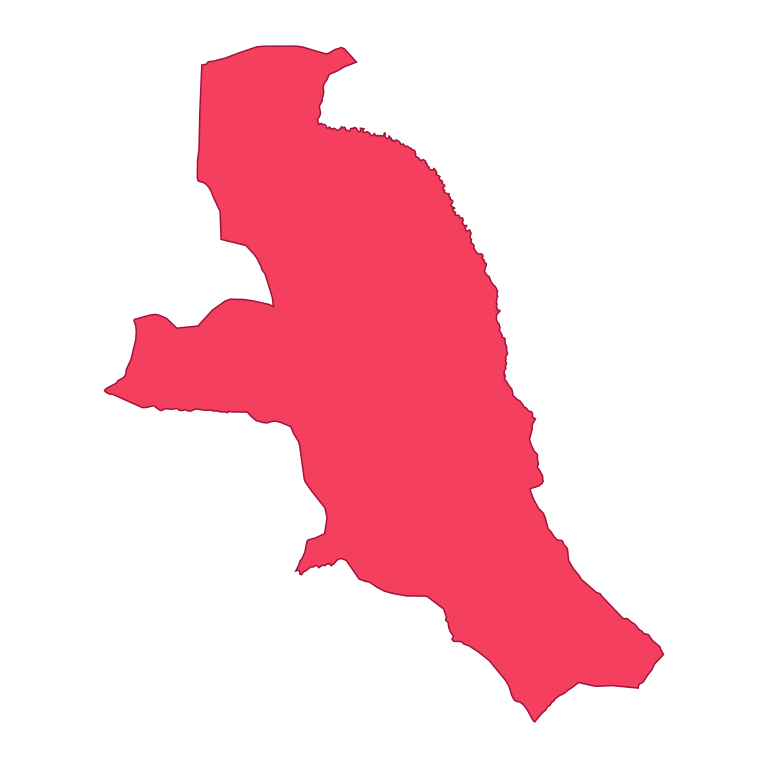 Djolu, Équateur, Democratic Republic of the Congo (Albers equal-area conic projection)
{"feature_id": "63176286B56364191841329", "entity_name": "Djolu", "entity_type": "district", "adm_level": 2, "iso_a3": "COD", "parent_name": "Democratic Republic of the Congo", "parent_adm1": "Équateur", "projection": "albers", "projection_center": [22.514, 0.679], "detail": "fine", "context": "isolated", "style": "filled", "palette": "rose", "viewbox_px": 768, "rotation_deg": 0, "n_neighbors": 0, "source": "geoboundaries", "source_scale": "gbopen_adm2", "svg_char_len": 6105}
<svg xmlns="http://www.w3.org/2000/svg" viewBox="0 0 768 768"><path d="M295.7,571.0L298.7,570.2L299.3,570.6L300.0,574.2L301.7,574.7L303.7,571.4L305.1,571.3L310.9,566.9L313.4,567.0L314.8,565.6L317.3,565.9L318.8,567.7L321.8,565.6L322.9,565.3L325.2,565.6L326.6,564.1L328.1,564.3L328.4,563.5L329.8,563.6L330.6,565.3L331.3,565.7L332.4,564.5L333.5,564.3L336.6,560.6L338.6,559.2L341.0,558.5L346.2,560.3L359.0,578.9L364.5,581.1L369.3,582.1L377.6,587.6L384.5,591.2L393.5,593.6L406.5,595.9L425.9,596.1L427.4,596.7L443.6,608.9L446.5,617.3L445.6,619.5L445.8,620.5L448.0,622.2L448.9,628.1L450.8,632.4L453.5,636.3L451.9,639.3L453.6,641.3L460.2,641.5L462.4,642.4L463.9,644.1L468.8,645.7L478.0,651.6L489.4,660.7L505.9,680.9L509.0,686.3L511.5,694.8L513.9,699.5L515.7,701.0L520.4,702.3L524.1,705.5L527.5,710.3L532.7,719.9L534.7,721.9L541.8,713.3L545.6,710.1L547.7,706.5L549.9,705.3L551.9,702.3L553.8,700.9L555.4,698.6L560.0,695.2L562.1,694.5L565.3,692.5L569.0,689.3L570.3,688.8L578.7,682.5L595.4,686.3L612.2,685.6L638.3,688.1L638.7,685.0L639.6,683.9L642.2,682.8L643.5,681.5L647.5,675.3L652.0,669.5L654.4,664.2L663.5,654.5L660.6,649.2L660.1,647.0L652.5,640.5L648.4,634.6L643.8,633.6L641.7,631.0L639.7,630.1L634.3,623.8L631.8,622.5L627.9,619.1L626.6,618.5L623.8,618.7L622.2,617.6L601.6,596.0L600.1,593.7L596.2,592.3L581.4,579.4L579.3,575.8L573.5,568.9L568.6,560.5L567.5,549.0L566.3,547.0L564.0,544.9L563.0,542.0L562.0,540.7L561.3,540.3L557.8,540.1L556.6,539.3L554.0,536.4L550.9,531.6L548.1,528.7L545.1,517.4L543.3,513.2L538.6,508.5L533.9,499.9L530.4,490.9L530.4,488.6L539.3,485.8L540.6,484.3L542.2,483.6L543.2,481.0L542.6,478.2L542.7,476.1L539.2,469.7L537.4,467.6L537.3,466.6L538.5,464.2L537.3,458.5L537.6,455.9L537.2,454.1L534.2,451.2L530.9,444.1L529.5,439.2L532.3,428.7L532.0,426.5L532.6,424.0L535.5,418.7L532.5,417.0L532.5,413.3L531.1,411.6L528.6,411.0L526.0,407.8L524.1,407.1L522.0,403.4L519.8,400.8L517.1,399.4L513.2,395.7L511.9,389.3L509.6,386.7L504.2,378.0L505.4,376.7L505.3,375.9L504.2,375.2L504.7,373.9L503.9,373.0L504.7,370.1L505.9,368.3L505.2,366.0L506.5,364.0L506.4,362.6L505.3,360.6L506.2,359.3L505.4,357.6L507.7,353.5L506.5,350.2L506.8,347.1L505.1,343.1L505.0,338.5L502.0,337.1L502.2,335.5L499.4,330.2L500.0,327.2L498.7,323.2L498.0,323.1L496.7,320.8L496.3,316.9L496.6,314.7L500.0,311.1L499.7,310.3L498.0,310.4L497.2,309.7L497.4,308.8L496.1,306.5L496.8,305.5L497.0,303.8L496.1,302.1L496.8,300.7L496.7,297.9L497.8,296.4L497.2,295.1L497.0,292.7L497.7,291.3L495.4,286.7L493.4,284.9L491.3,282.0L489.0,276.3L487.5,275.8L485.1,272.3L484.6,270.2L486.3,265.0L486.2,263.4L484.7,262.9L484.3,260.5L481.9,257.4L483.1,256.1L481.7,253.8L479.8,254.1L477.0,253.2L474.0,248.4L473.9,245.1L471.1,242.4L471.5,239.3L470.0,238.0L470.0,236.8L471.1,233.2L469.5,229.9L467.1,231.0L465.9,230.4L465.1,227.8L466.6,226.3L466.7,225.5L464.2,225.6L462.3,222.7L463.2,220.4L463.0,218.9L461.9,217.7L460.3,217.7L459.4,217.1L458.9,215.3L455.6,215.2L454.6,214.3L455.6,213.0L454.7,211.7L452.9,211.2L453.3,210.0L452.6,208.7L454.5,208.3L454.4,207.7L452.8,207.2L450.7,205.5L452.6,202.4L452.8,201.2L451.8,200.0L450.1,199.4L450.3,197.7L449.0,196.5L449.1,193.8L445.7,193.2L444.4,192.4L444.2,191.5L444.7,190.3L442.9,189.1L442.7,188.1L444.6,186.5L444.6,185.3L442.3,183.5L442.0,182.5L442.5,181.5L442.0,180.9L439.5,179.4L439.2,178.3L439.9,176.5L435.9,174.3L436.8,172.6L435.0,169.4L434.0,168.5L432.9,170.1L429.5,169.3L428.8,168.2L429.1,167.1L427.1,165.7L427.0,163.7L425.7,162.7L425.7,161.4L424.5,160.3L423.1,159.6L420.5,160.6L418.7,158.1L415.8,156.2L415.4,155.2L415.8,153.8L414.9,152.6L415.1,151.3L414.0,150.1L411.9,149.6L411.2,148.3L409.1,147.9L408.7,147.0L407.2,146.2L404.9,146.3L403.4,144.0L400.8,144.5L399.6,141.9L397.1,140.3L395.6,140.0L394.8,141.5L393.9,141.7L393.0,140.1L391.3,139.9L391.3,138.3L390.1,137.7L389.8,136.4L389.1,136.0L388.7,137.8L388.1,138.4L386.7,138.6L384.8,136.2L385.4,134.3L384.8,132.9L384.2,133.4L383.9,135.1L382.9,136.1L380.2,135.5L379.0,136.5L378.2,135.5L375.9,135.8L374.4,133.5L372.3,135.7L371.3,135.5L369.2,132.9L367.2,131.7L365.1,132.5L363.8,132.3L362.8,131.2L364.0,128.8L360.4,128.2L360.5,130.9L359.8,131.8L359.1,131.8L358.1,131.2L356.3,128.2L354.1,127.4L353.5,128.3L350.7,128.5L349.8,130.8L348.4,130.9L345.6,129.6L345.1,127.9L344.3,127.1L342.4,127.8L341.4,126.8L341.0,128.2L340.2,128.4L339.2,130.0L337.5,130.1L334.0,128.3L331.0,129.3L330.1,127.3L329.4,127.1L328.1,128.2L326.9,128.0L325.8,125.4L324.6,124.4L322.6,124.6L321.4,123.4L318.8,124.2L317.5,119.6L319.7,116.3L320.6,112.8L319.5,107.6L319.5,105.7L322.1,101.4L322.2,98.4L323.2,95.5L323.8,90.9L323.0,87.9L324.1,83.9L326.7,80.1L329.3,74.2L336.8,71.2L344.5,66.7L356.5,62.1L344.6,49.0L341.5,47.5L334.8,49.6L328.1,53.6L325.1,53.7L302.2,46.9L295.9,46.1L263.2,46.2L256.7,46.9L239.4,52.7L224.4,58.4L216.2,60.3L215.6,60.8L208.8,61.7L207.5,62.4L206.5,64.2L201.8,65.0L199.9,110.5L199.0,149.2L197.5,160.6L197.3,177.8L197.8,180.2L198.7,181.2L204.2,182.9L206.5,184.6L208.8,187.4L211.0,191.0L213.5,197.4L220.1,211.5L221.1,239.4L245.9,245.5L254.4,254.6L257.3,259.0L261.1,266.6L261.7,269.4L264.7,273.4L265.5,275.3L272.3,297.4L273.4,306.4L268.6,304.3L252.2,300.7L243.7,299.5L230.2,299.2L225.1,301.1L212.4,310.1L197.9,326.0L176.8,328.2L166.8,318.6L160.2,315.6L155.6,314.3L149.9,315.1L134.4,319.4L133.9,320.6L135.8,325.8L136.3,332.3L135.7,340.2L130.9,359.7L126.3,369.5L125.8,374.1L125.2,375.6L123.5,377.6L118.2,380.4L116.4,383.1L106.9,388.1L105.4,389.2L104.5,390.7L105.9,392.2L109.6,394.1L112.6,394.3L142.4,407.6L146.2,407.5L153.6,405.7L160.2,410.4L161.6,410.5L165.7,408.6L170.9,409.2L173.8,409.1L176.1,408.4L177.3,408.7L179.3,410.3L182.9,410.6L184.2,409.8L185.5,409.7L187.8,411.0L191.4,410.9L194.1,409.5L196.7,409.0L205.0,410.3L210.9,410.1L213.1,411.0L215.6,410.8L221.8,412.0L224.8,411.8L227.6,412.7L229.2,411.2L231.6,411.9L247.4,412.1L250.4,415.7L256.0,420.5L263.2,422.6L267.4,422.9L271.9,421.4L276.4,421.3L280.1,422.2L290.7,426.6L293.5,433.3L298.7,441.9L299.6,445.2L304.3,479.3L305.2,481.8L310.9,490.1L324.9,507.9L327.1,517.8L324.6,533.6L315.5,538.0L308.4,539.8L306.9,541.6L304.8,552.3L302.1,558.6L300.0,560.8L298.9,564.9L295.7,571.0Z" fill="#f43f5e" stroke="#9f1239" stroke-width="1.5"/></svg>